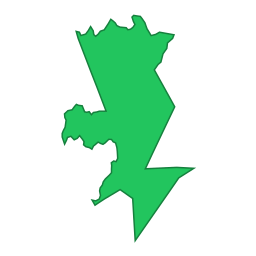 Catende, Pernambuco, Brazil (Equal Earth projection)
{"feature_id": "56859067B24117233366877", "entity_name": "Catende", "entity_type": "district", "adm_level": 2, "iso_a3": "BRA", "parent_name": "Brazil", "parent_adm1": "Pernambuco", "projection": "equal_earth", "projection_center": [-35.752, -8.69], "detail": "fine", "context": "isolated", "style": "filled", "palette": "green", "viewbox_px": 256, "rotation_deg": 0, "n_neighbors": 0, "source": "geoboundaries", "source_scale": "gbopen_adm2", "svg_char_len": 1633}
<svg xmlns="http://www.w3.org/2000/svg" viewBox="0 0 256 256"><path d="M67.9,110.7L64.5,113.9L64.9,117.6L66.1,120.1L65.7,123.1L65.1,127.3L63.4,130.5L62.2,133.5L62.2,137.0L64.6,144.1L66.5,140.2L67.5,137.4L70.9,136.3L74.2,139.8L77.2,138.4L79.6,135.6L82.4,139.2L84.0,141.6L83.6,144.8L85.8,146.7L89.4,147.6L91.9,149.2L93.5,146.0L95.4,144.5L98.1,142.1L100.7,143.5L103.0,144.3L105.1,142.9L108.8,139.3L111.5,139.5L113.2,141.8L115.6,142.9L116.9,147.6L117.3,151.4L117.7,158.4L116.1,161.6L113.7,161.0L111.3,162.8L111.7,165.6L111.5,168.8L111.5,172.7L109.4,175.1L107.2,177.2L105.4,178.9L103.3,181.8L102.3,185.1L100.2,187.9L99.6,190.9L100.5,195.5L99.2,199.1L95.7,200.9L92.1,200.1L93.6,202.7L95.0,205.2L97.8,203.3L104.5,198.9L120.1,189.6L132.7,198.5L135.2,240.6L166.4,195.7L170.3,190.1L176.8,180.7L178.7,177.9L193.8,168.3L176.7,167.4L145.3,168.8L152.3,153.8L162.9,131.5L174.7,106.8L171.2,100.4L159.0,78.4L154.3,69.9L158.1,64.4L160.9,62.1L163.0,53.8L166.8,48.4L167.5,42.9L169.9,40.8L172.6,38.4L174.0,34.8L159.5,32.2L155.7,34.4L151.1,35.6L148.9,31.9L147.0,28.8L145.8,25.5L144.9,22.8L142.1,18.7L140.3,16.4L136.6,15.9L133.7,15.4L132.0,17.1L133.4,21.4L134.9,24.5L132.9,27.4L130.4,29.3L127.8,29.7L126.2,27.7L119.9,27.1L116.8,25.6L115.3,23.0L113.3,21.2L110.8,19.3L108.4,23.5L104.2,29.9L100.4,31.2L98.0,34.4L95.6,36.3L93.8,34.6L93.2,30.8L90.6,26.6L88.3,30.6L85.7,34.1L80.9,35.5L79.4,32.2L76.2,31.4L78.2,38.5L91.4,72.9L96.8,86.7L106.1,111.1L103.8,111.2L99.3,111.2L96.8,112.0L93.4,112.5L91.4,114.7L89.2,111.7L86.7,112.3L84.6,111.8L82.2,105.8L78.4,105.3L76.4,104.4L74.7,106.3L72.1,109.8L67.9,110.7Z" fill="#22c55e" stroke="#15803d" stroke-width="1.5"/></svg>